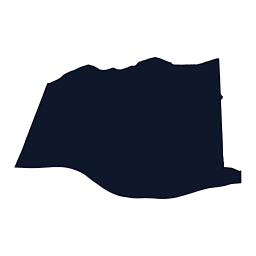 Sliedrecht, Zuid-Holland, Netherlands
{"feature_id": "6326949B68381004062168", "entity_name": "Sliedrecht", "entity_type": "district", "adm_level": 2, "iso_a3": "NLD", "parent_name": "Netherlands", "parent_adm1": "Zuid-Holland", "projection": "albers", "projection_center": [4.773, 51.831], "detail": "fine", "context": "isolated", "style": "filled", "palette": "ink", "viewbox_px": 256, "rotation_deg": 0, "n_neighbors": 0, "source": "geoboundaries", "source_scale": "gbopen_adm2", "svg_char_len": 5124}
<svg xmlns="http://www.w3.org/2000/svg" viewBox="0 0 256 256"><path d="M240.6,182.5L240.5,171.4L239.8,171.7L239.6,171.8L233.0,169.0L231.7,168.5L227.2,168.0L223.2,167.8L223.2,162.3L222.9,162.2L222.8,160.0L222.8,159.7L222.8,159.1L222.7,158.2L222.6,157.8L222.6,157.2L222.6,156.8L222.5,156.4L222.4,155.7L222.3,155.3L222.3,154.9L222.2,154.5L222.2,149.4L222.2,148.5L222.1,146.2L222.0,142.7L221.9,140.3L221.9,139.4L221.7,134.5L221.6,133.7L221.6,133.4L221.5,131.3L221.3,126.1L221.1,122.5L221.0,119.2L220.9,117.0L220.8,114.9L220.7,111.3L220.6,109.3L220.5,107.4L220.4,106.0L220.3,103.7L220.2,101.5L220.2,100.7L220.3,100.3L220.4,99.8L220.5,99.4L220.6,99.2L221.1,98.6L221.3,98.4L221.8,98.0L222.0,97.9L222.1,96.8L221.8,96.7L221.7,96.7L220.5,95.0L220.3,94.6L220.2,94.4L220.1,94.1L220.0,93.9L220.0,93.6L219.9,93.4L219.9,91.6L219.6,85.3L219.6,84.2L219.5,83.4L219.4,80.3L219.3,77.2L219.3,76.8L219.3,76.1L219.2,75.2L219.1,74.7L219.2,74.1L219.1,73.6L219.1,73.3L219.1,72.7L219.0,72.3L219.0,71.9L219.0,71.5L218.9,70.1L218.9,69.6L218.9,69.0L218.8,67.4L218.7,64.8L218.6,63.4L218.5,60.2L218.4,59.1L218.0,59.1L217.8,59.0L217.5,59.0L216.7,59.2L215.1,59.6L213.5,60.2L213.0,60.3L211.7,60.8L211.1,61.0L210.0,61.3L207.8,62.0L207.2,62.1L205.9,62.5L204.9,62.8L203.4,63.5L201.3,64.1L200.5,64.2L200.4,64.3L199.9,64.4L199.0,64.6L198.2,64.9L197.0,65.2L196.5,65.2L195.4,65.1L194.5,65.1L193.5,65.1L193.3,65.1L192.6,65.2L191.7,65.2L191.3,65.2L191.1,65.2L190.8,65.2L190.6,65.2L190.0,65.2L189.1,65.3L188.4,65.3L186.6,65.2L184.6,65.3L183.2,65.4L181.1,65.4L180.7,65.4L179.9,65.4L179.4,65.4L179.1,65.3L177.3,65.4L176.9,65.3L176.5,65.4L175.0,65.3L173.6,65.2L173.2,65.1L172.7,64.9L172.4,64.8L172.2,64.7L171.9,64.4L171.6,64.2L171.3,63.8L170.9,63.4L170.7,63.2L170.3,63.0L170.2,62.9L169.7,62.8L169.4,62.7L169.2,62.7L168.7,62.6L168.0,62.4L166.9,61.9L166.6,61.8L165.1,61.2L164.5,60.9L163.7,60.6L162.5,60.1L162.1,59.9L160.9,59.5L160.7,59.4L160.2,59.1L159.4,58.9L157.9,58.5L156.3,58.0L156.0,57.9L155.7,57.8L155.4,57.8L155.1,57.8L154.8,57.9L153.3,58.2L152.0,58.5L151.4,58.6L150.3,58.9L150.0,59.0L149.6,59.1L147.9,59.7L146.3,60.3L146.1,60.4L145.6,60.6L145.1,60.7L144.7,60.8L143.8,61.0L143.5,61.1L143.1,61.2L142.6,61.3L142.3,61.4L142.2,61.5L141.0,62.0L140.9,62.0L140.7,62.1L140.4,62.2L140.2,62.2L140.1,62.3L139.8,62.4L139.7,62.4L139.5,62.5L139.2,62.6L138.9,62.8L138.7,63.0L138.4,63.3L137.8,63.8L137.7,64.0L137.3,64.5L135.8,66.0L135.2,66.4L134.7,66.5L134.4,66.4L134.1,66.4L133.5,66.4L133.2,66.4L132.8,66.4L131.9,66.4L131.7,66.5L131.2,66.6L129.6,67.2L129.2,67.3L128.2,68.0L127.8,68.1L127.4,68.2L126.2,68.6L125.8,68.7L124.9,69.0L124.3,69.2L123.4,69.5L121.6,70.0L121.1,70.2L120.7,70.2L119.5,70.1L119.3,70.1L118.4,70.1L118.2,70.1L117.8,70.1L117.4,70.1L117.0,70.0L116.9,70.0L116.8,69.9L116.7,69.9L116.1,69.7L115.8,69.5L115.6,69.4L115.2,69.2L114.9,69.0L114.8,68.9L114.6,68.8L114.3,68.7L114.2,68.6L113.7,68.5L113.4,68.4L112.8,68.5L112.7,68.5L112.2,68.7L111.7,68.8L111.3,69.0L111.2,69.0L110.1,69.3L110.0,69.5L109.5,69.7L108.9,69.6L107.8,70.1L106.2,70.5L105.7,70.6L105.0,70.6L104.9,70.6L104.7,70.6L104.0,70.7L103.0,70.8L102.7,70.7L102.4,70.7L100.5,70.4L99.7,70.2L99.1,70.0L99.0,69.9L98.9,69.8L98.3,69.4L98.0,69.2L97.8,69.1L97.6,68.9L97.1,68.7L96.7,68.4L96.3,68.2L96.1,68.1L95.4,67.8L95.2,67.6L94.9,67.4L93.7,66.9L93.1,66.5L92.6,66.4L92.1,66.2L91.2,66.1L90.0,65.7L89.2,65.4L88.9,65.4L88.5,65.3L88.4,65.3L88.1,65.3L87.9,65.4L87.5,65.5L81.9,67.3L81.7,67.3L81.3,67.5L81.1,67.6L80.5,67.9L80.4,67.9L79.1,68.4L78.5,68.7L77.9,69.0L76.9,69.5L76.6,69.7L76.2,69.9L74.4,70.7L73.7,71.0L73.0,71.2L72.4,71.4L70.8,71.9L69.5,72.5L68.6,72.9L68.2,73.1L66.7,73.8L64.1,75.3L63.9,75.4L61.2,77.8L61.0,78.1L58.5,79.7L57.1,80.4L54.5,81.6L53.6,82.0L52.2,82.6L51.6,82.9L51.1,83.1L50.9,83.2L50.0,83.6L49.4,83.8L49.1,83.8L48.8,83.8L48.5,83.8L48.1,83.7L47.8,83.9L47.0,86.2L46.0,88.5L44.7,92.2L42.7,97.5L42.1,98.8L41.5,100.4L41.3,101.0L40.7,102.7L39.6,105.4L39.5,105.8L39.4,106.1L38.3,108.9L37.9,109.8L37.5,111.0L37.0,112.2L36.3,114.0L34.9,117.5L34.0,120.1L29.8,130.9L29.3,132.4L28.1,135.6L27.3,137.4L26.1,140.5L25.2,143.3L22.3,150.9L19.2,158.0L15.4,166.8L27.0,167.3L32.7,167.4L36.6,167.3L38.2,167.3L41.1,167.1L50.9,166.5L51.3,166.4L51.6,166.3L52.3,166.3L53.0,166.3L54.5,166.3L59.4,166.3L60.1,166.3L62.2,166.4L63.4,166.5L64.3,166.6L65.9,166.9L67.0,167.0L67.9,167.2L68.6,167.3L70.9,167.9L72.0,168.2L74.6,169.1L75.6,169.4L76.7,169.8L77.7,170.2L79.7,171.1L80.1,171.3L80.8,171.6L81.6,172.0L84.2,173.5L84.7,173.8L85.3,174.2L86.2,174.9L87.0,175.5L88.0,176.3L88.7,176.9L92.8,180.1L96.9,182.9L100.7,185.6L104.8,188.5L108.8,190.8L112.9,192.8L116.9,194.4L117.3,194.5L117.7,194.7L119.4,195.2L120.9,195.6L121.6,195.7L122.5,195.9L124.4,196.2L127.4,196.6L128.2,196.8L130.8,197.2L131.6,197.3L132.3,197.4L135.3,197.5L136.8,197.6L138.2,197.6L141.5,197.5L144.5,197.4L146.4,197.4L149.8,197.5L152.9,197.6L154.0,197.7L157.0,198.0L161.1,198.2L162.1,198.2L164.9,198.2L168.8,197.9L172.8,197.4L176.5,196.7L178.0,196.4L178.4,196.2L184.5,194.5L191.9,192.3L198.7,190.1L203.8,188.7L206.0,188.2L207.2,187.9L209.7,187.3L215.7,186.6L218.7,186.2L223.7,185.4L231.2,183.3L232.4,183.2L240.6,182.5Z" fill="#0f172a" stroke="#020617" stroke-width="1.5"/></svg>